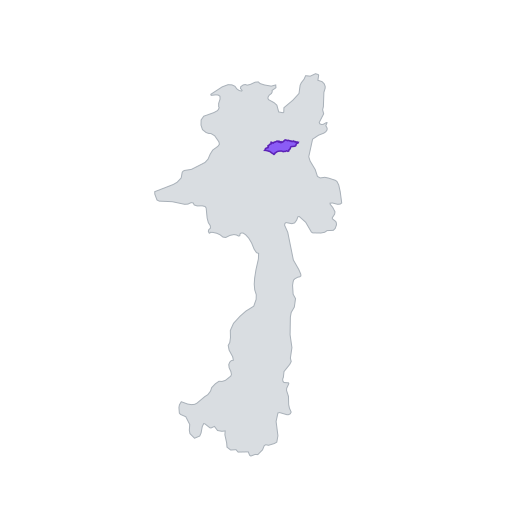 location of Nambak, Louangphrabang, Laos, rotated 45°
{"feature_id": "54806243B57265531802207", "entity_name": "Nambak", "entity_type": "district", "adm_level": 2, "iso_a3": "LAO", "parent_name": "Laos", "parent_adm1": "Louangphrabang", "projection": "albers", "projection_center": [102.383, 20.596], "detail": "fine", "context": "in_parent", "style": "filled", "palette": "violet", "viewbox_px": 512, "rotation_deg": 45, "n_neighbors": 0, "source": "geoboundaries", "source_scale": "gbopen_adm2", "svg_char_len": 7179}
<svg xmlns="http://www.w3.org/2000/svg" viewBox="0 0 512 512"><g transform="rotate(45 256 256)"><path d="M186.2,88.4L188.3,92.3L198.0,102.7L199.7,105.5L203.3,107.6L206.3,116.9L207.5,117.4L209.2,116.8L210.4,115.5L211.4,111.9L212.0,111.5L213.2,114.5L215.9,115.3L217.1,116.6L217.5,118.8L217.1,121.1L214.8,126.4L213.4,133.4L223.1,148.5L227.1,150.6L236.7,153.0L243.2,156.3L246.2,155.4L249.0,151.7L252.4,149.5L258.8,146.3L260.7,146.1L264.3,147.3L270.1,151.0L279.1,157.9L278.8,159.8L277.2,161.7L272.5,164.5L271.0,166.3L271.9,167.0L275.9,167.4L280.6,168.9L282.0,170.8L282.9,175.0L283.7,175.7L288.0,175.2L289.4,175.8L290.9,177.1L292.5,180.5L292.5,183.2L288.3,187.8L287.8,190.6L285.6,193.9L279.8,199.5L278.2,199.9L267.3,197.0L258.6,197.5L257.9,198.6L259.4,202.0L259.9,205.3L258.5,207.8L253.6,211.1L253.4,212.5L254.4,214.0L261.7,216.8L285.2,232.4L295.8,235.3L300.5,237.2L301.8,238.3L301.7,239.7L300.5,241.5L299.6,244.6L299.6,246.5L300.7,248.3L302.6,250.9L309.3,256.8L314.1,258.2L319.2,265.0L320.8,271.0L323.4,274.8L335.8,287.6L346.2,295.4L352.5,303.9L355.5,305.7L356.5,308.8L357.5,317.9L361.1,322.4L361.9,324.2L363.5,325.5L365.2,325.7L368.7,322.7L369.5,323.1L371.2,327.8L372.7,329.5L378.2,332.3L384.2,338.0L387.3,340.0L391.2,341.5L391.8,343.3L391.2,345.2L390.0,346.4L383.4,350.0L382.5,351.5L387.2,358.8L398.6,367.6L402.3,372.9L401.6,375.6L398.7,381.0L396.4,382.5L395.9,384.2L397.7,388.5L397.7,395.2L395.7,396.9L393.8,401.1L392.4,401.4L389.0,400.0L382.0,407.3L378.8,407.1L375.3,411.1L370.7,411.7L367.4,408.9L360.4,404.4L357.9,401.5L355.8,404.1L352.2,406.6L347.1,405.9L345.8,409.4L344.8,410.1L338.7,410.8L337.5,411.4L338.6,414.6L342.3,420.0L343.5,423.1L341.4,428.3L334.9,428.3L332.0,426.3L328.3,422.0L320.0,419.3L314.6,421.4L312.9,421.3L308.7,417.7L307.1,415.4L306.2,411.9L312.4,409.0L315.5,406.7L317.5,404.3L318.3,401.9L319.2,391.7L320.0,388.1L319.4,383.7L317.7,380.3L317.6,375.1L318.4,370.8L320.7,368.7L322.3,365.6L323.1,358.8L322.4,357.1L320.0,355.5L316.0,354.0L313.5,352.0L312.5,349.6L312.5,347.5L313.7,345.7L310.7,343.7L303.6,341.6L299.6,338.9L298.7,335.8L295.7,331.8L290.5,326.8L287.7,319.5L287.3,309.9L287.8,302.1L289.9,293.1L286.8,286.6L283.6,283.2L279.0,280.8L274.7,277.2L270.6,272.5L265.6,265.6L259.8,256.4L256.0,252.3L254.0,253.3L249.9,252.5L243.7,249.9L238.2,248.5L233.6,248.3L230.6,248.9L229.2,250.3L229.1,251.7L230.2,253.1L229.6,254.2L227.2,255.0L225.2,256.5L223.0,259.9L221.5,264.3L219.2,266.0L215.6,266.4L212.1,267.7L208.7,269.9L207.0,271.5L207.2,272.6L206.5,272.9L204.8,272.2L204.0,270.8L204.1,268.5L202.3,266.9L198.7,266.1L194.6,263.7L186.8,257.3L185.0,257.0L182.4,258.6L179.0,262.2L176.2,263.6L174.1,262.9L172.4,264.1L171.2,267.4L169.0,269.9L158.4,276.8L148.8,285.6L146.4,286.4L140.7,283.8L138.9,282.1L146.9,264.0L148.1,259.6L147.9,253.7L144.6,248.9L144.5,247.4L145.0,246.0L149.1,240.4L153.8,225.9L153.6,221.4L151.6,216.4L150.5,211.7L151.5,205.3L151.1,202.8L149.0,201.5L141.8,200.2L137.7,201.2L135.7,202.9L133.3,204.0L128.8,204.5L124.5,202.3L121.0,198.6L120.2,194.1L124.8,184.4L125.9,180.7L125.8,178.9L125.0,177.1L124.0,176.8L121.7,174.5L119.6,170.4L117.5,168.5L115.5,168.9L113.7,170.4L110.7,174.1L109.7,173.6L112.5,160.3L115.1,154.6L118.0,152.0L121.1,150.9L124.3,151.4L127.1,150.9L129.3,149.5L129.1,148.7L126.5,148.5L125.5,147.0L126.0,144.1L127.2,142.3L129.0,141.4L130.7,138.6L132.5,133.7L134.5,131.3L136.9,131.2L141.0,129.1L146.7,125.1L149.0,121.1L151.1,122.9L150.3,127.6L151.4,128.5L152.0,130.2L151.6,132.8L152.1,135.0L153.0,136.1L154.2,136.6L160.4,134.8L164.1,134.6L170.2,138.1L173.8,135.6L173.9,134.6L170.9,131.4L171.9,119.7L171.5,110.7L166.5,104.1L165.5,101.4L165.0,97.1L163.6,93.4L167.2,90.5L169.2,85.0L171.7,83.7L172.5,83.9L175.5,88.0L179.4,86.0L182.4,86.0L184.9,87.1L186.2,88.4Z" fill="#d9dde1" stroke="#a8b0b8" stroke-width="1"/><path d="M197.2,151.3L196.9,152.0L196.5,152.1L196.3,152.1L196.2,152.2L196.1,152.4L196.0,152.5L195.8,152.5L195.6,152.6L195.3,152.7L195.2,152.8L195.0,153.0L194.7,153.1L194.5,153.3L194.4,153.6L194.5,154.0L194.4,154.6L194.5,154.7L194.5,154.8L194.4,155.0L194.3,155.3L194.4,155.5L194.3,156.0L194.4,156.4L194.4,156.5L194.3,156.8L194.2,156.8L194.0,157.0L193.8,157.0L193.7,157.2L193.7,157.3L193.7,157.5L193.5,157.4L193.4,157.4L193.1,157.4L193.1,157.5L192.9,157.7L192.9,157.8L192.7,157.9L192.7,158.0L192.4,158.2L192.5,158.3L192.4,158.3L192.5,158.4L192.5,158.5L192.4,158.5L192.2,158.5L191.9,158.7L192.0,158.7L192.0,158.8L192.1,158.7L192.1,158.8L191.9,158.8L191.7,158.9L191.6,159.0L191.6,158.9L191.5,159.0L191.3,159.0L191.3,158.9L191.2,158.9L191.1,158.7L191.1,158.8L190.9,158.8L190.7,158.9L190.7,159.0L190.6,159.3L190.4,159.3L190.2,159.3L190.0,159.5L189.8,159.8L189.7,160.0L189.4,160.2L189.4,160.3L189.4,160.5L189.3,161.1L189.1,161.4L189.0,161.5L188.9,161.6L188.8,161.8L188.9,162.0L188.6,162.3L188.6,162.5L188.4,162.6L188.4,162.8L188.4,163.0L188.2,163.2L188.2,163.4L188.3,163.5L188.4,163.8L188.4,164.0L188.2,164.2L187.5,164.3L186.6,164.5L186.4,164.7L186.3,164.8L186.2,164.9L186.4,165.1L186.7,165.2L186.7,165.5L187.1,165.6L187.3,165.7L187.4,166.0L187.3,166.3L187.3,166.5L187.2,166.6L186.9,166.9L186.8,167.0L186.8,167.4L186.8,168.0L186.8,168.8L186.7,168.9L186.5,169.4L186.5,169.5L186.6,169.8L187.2,169.9L187.3,169.9L187.4,170.0L187.5,170.3L187.6,170.5L187.8,170.7L187.9,170.8L187.5,171.4L187.5,171.6L187.2,172.0L186.9,172.5L186.9,173.2L186.8,173.3L186.8,173.6L186.9,173.8L187.3,174.5L187.5,174.8L187.5,175.1L188.4,174.3L188.5,174.2L188.9,174.0L189.5,173.7L190.1,173.3L190.4,173.1L190.8,173.0L191.0,172.9L191.6,172.4L191.9,172.3L192.7,172.3L193.2,172.1L193.9,172.1L194.8,171.9L195.7,171.6L196.0,171.6L196.6,171.6L196.9,171.5L197.0,170.8L196.9,170.5L196.8,170.1L196.8,169.8L196.7,169.7L196.8,169.6L196.8,169.4L196.9,169.0L196.9,168.8L196.9,168.7L197.0,168.1L197.0,167.8L197.1,167.6L197.3,167.0L197.6,166.3L197.8,166.1L198.3,165.4L198.6,165.1L198.8,164.7L199.5,164.2L199.7,163.8L199.8,163.7L200.4,163.4L200.9,163.3L201.2,163.0L201.4,162.8L201.7,162.7L201.7,162.4L202.0,162.0L202.4,161.7L202.6,161.6L202.8,161.3L202.9,161.0L203.0,160.8L203.2,160.0L203.4,159.9L203.8,159.7L204.4,159.5L204.5,159.5L204.7,159.2L204.9,158.5L204.9,158.4L204.7,158.2L204.4,158.0L204.3,157.9L204.3,157.7L204.3,157.4L204.3,156.8L204.4,156.2L204.0,155.3L203.6,154.8L203.5,154.4L203.5,154.1L203.6,153.7L204.0,153.2L204.8,152.3L204.9,152.1L205.4,151.6L205.9,150.6L206.1,150.3L206.1,149.9L206.1,149.7L205.6,149.0L205.5,148.9L205.4,148.5L205.3,148.2L205.4,147.4L205.6,146.9L205.8,146.4L205.8,146.1L205.7,146.1L205.6,146.3L205.4,146.3L205.5,146.4L205.5,146.5L205.4,146.5L205.3,146.4L205.2,146.5L205.2,146.3L205.2,146.1L205.0,146.3L204.9,146.4L204.9,146.5L204.8,146.4L204.7,146.5L204.4,146.6L204.2,146.7L204.1,146.8L204.1,146.7L203.8,146.9L203.7,147.0L203.4,147.2L203.3,147.3L203.2,147.4L202.9,147.5L202.9,147.3L202.7,147.4L202.7,147.5L202.5,147.9L202.4,147.9L202.2,147.9L201.9,148.1L201.7,148.2L201.4,148.1L201.4,148.3L201.3,148.5L201.1,148.7L200.9,148.9L200.9,149.0L200.7,149.1L200.9,149.2L200.8,149.3L200.7,149.4L200.5,149.5L200.4,149.6L200.1,149.6L199.9,150.0L199.7,150.0L199.4,150.1L199.3,150.3L199.1,150.4L198.9,150.3L198.6,150.4L198.4,150.6L198.2,150.9L197.9,150.9L197.7,151.0L197.4,151.1L197.2,151.2L197.2,151.3Z" fill="#8b5cf6" stroke="#5b21b6" stroke-width="1.5"/></g></svg>